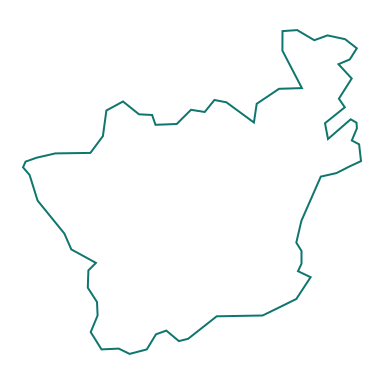 the district of Kuçovë, Korçë, Albania
{"feature_id": "67620474B90792074310011", "entity_name": "Kuçovë", "entity_type": "district", "adm_level": 2, "iso_a3": "ALB", "parent_name": "Albania", "parent_adm1": "Korçë", "projection": "equal_earth", "projection_center": [20.706, 40.677], "detail": "fine", "context": "isolated", "style": "outline", "palette": "teal", "viewbox_px": 384, "rotation_deg": 0, "n_neighbors": 0, "source": "geoboundaries", "source_scale": "gbopen_adm2", "svg_char_len": 962}
<svg xmlns="http://www.w3.org/2000/svg" viewBox="0 0 384 384"><path d="M106.4,110.5L102.9,136.1L90.4,152.9L55.3,153.4L45.0,155.8L36.6,157.7L25.6,161.6L23.0,167.3L29.6,175.0L37.6,200.6L64.4,233.6L71.3,249.4L95.9,262.9L88.4,270.4L87.8,287.7L97.0,302.0L97.6,315.5L90.7,332.1L101.5,349.4L118.7,348.6L129.6,353.9L146.8,349.4L156.0,334.3L166.3,330.6L178.9,341.1L188.1,338.8L216.7,316.3L262.6,315.5L296.3,299.0L310.6,277.2L298.0,271.2L301.5,263.7L301.5,250.9L296.3,242.6L301.4,220.8L320.8,176.6L336.4,173.1L349.6,166.4L361.0,161.1L359.1,144.3L351.8,140.5L356.9,128.4L356.5,122.7L350.7,119.3L328.0,139.0L325.0,123.2L344.8,107.3L338.9,98.7L351.7,78.5L338.5,64.2L349.8,59.4L356.8,48.3L345.1,39.2L327.5,35.4L314.3,40.2L297.2,30.1L282.5,31.1L282.4,50.6L301.9,88.1L279.0,88.8L256.7,103.8L253.9,122.5L226.4,102.3L214.4,100.0L204.7,112.0L191.0,109.8L176.7,124.0L155.5,124.8L152.1,115.0L139.0,114.3L123.0,101.5L106.4,110.5Z" fill="none" stroke="#0f766e" stroke-width="2"/></svg>